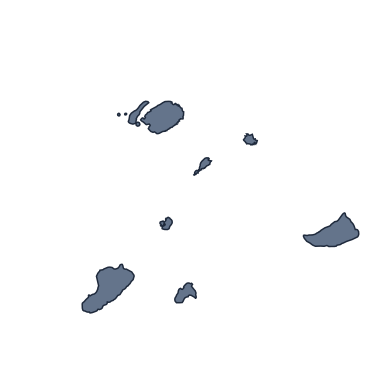 the district of Lomaiviti, Eastern, Fiji, rotated 70°
{"feature_id": "14151628B20319301670654", "entity_name": "Lomaiviti", "entity_type": "district", "adm_level": 2, "iso_a3": "FJI", "parent_name": "Fiji", "parent_adm1": "Eastern", "projection": "natural_earth1", "projection_center": [179.092, -17.678], "detail": "fine", "context": "isolated", "style": "filled", "palette": "slate", "viewbox_px": 384, "rotation_deg": 70, "n_neighbors": 0, "source": "geoboundaries", "source_scale": "gbopen_adm2", "svg_char_len": 6049}
<svg xmlns="http://www.w3.org/2000/svg" viewBox="0 0 384 384"><g transform="rotate(70 192 192)"><path d="M254.2,277.3L251.3,275.2L250.3,275.0L246.5,276.0L242.0,280.1L241.7,281.2L240.7,282.3L240.0,282.5L237.5,282.2L236.2,282.3L235.9,282.8L235.8,284.0L236.1,284.8L237.2,285.7L238.3,287.9L238.2,290.4L237.6,291.6L235.6,292.9L234.5,294.9L234.0,296.7L234.2,301.2L234.6,302.3L234.0,305.3L234.9,305.9L235.5,307.3L236.3,308.4L238.5,310.6L248.2,311.8L250.2,313.4L250.9,313.6L251.5,314.1L251.8,314.6L252.8,315.4L253.6,316.5L254.3,318.1L254.4,318.9L254.2,320.6L254.7,323.2L253.7,323.8L253.5,324.2L253.7,324.6L255.4,325.2L255.6,325.5L256.9,328.6L258.1,330.7L258.9,332.9L259.7,333.5L263.7,334.8L265.6,335.0L266.8,334.2L267.2,333.3L268.6,332.0L269.2,331.0L269.8,329.4L270.8,329.2L271.2,327.1L271.2,322.9L271.0,321.7L270.1,320.7L270.1,320.2L270.8,319.3L270.8,317.3L270.2,315.9L268.9,315.0L268.4,313.9L268.3,313.4L268.4,311.2L267.9,310.0L266.4,309.2L267.0,308.3L267.3,307.1L267.3,306.4L266.8,305.1L266.9,303.2L266.5,302.5L266.2,300.8L265.5,299.5L263.8,297.1L263.9,296.7L263.7,294.7L261.7,292.2L261.6,291.8L260.5,290.9L260.0,288.1L259.4,286.9L258.4,285.7L258.4,284.5L258.1,284.3L258.0,283.7L257.4,282.9L256.9,281.6L255.3,279.7L254.2,277.3ZM290.0,50.7L288.6,49.7L286.1,49.0L284.2,49.4L283.4,50.3L283.1,51.4L279.6,51.3L277.4,51.5L274.9,52.4L274.7,52.7L271.7,53.0L268.1,55.5L266.6,55.7L264.5,55.4L263.9,55.7L263.9,56.9L264.4,58.1L268.5,64.2L269.1,65.9L268.7,68.0L270.1,72.4L270.9,73.4L271.1,74.7L271.1,79.3L272.1,83.9L272.6,84.7L272.6,85.3L272.9,86.0L273.1,86.5L272.9,86.8L273.2,87.2L273.3,89.0L273.6,89.6L273.8,91.0L273.5,93.6L272.4,97.0L272.3,98.6L270.9,101.3L270.9,102.0L271.8,102.4L273.9,102.3L277.6,101.0L280.2,98.7L283.1,96.8L285.2,94.6L286.8,89.6L288.2,86.4L288.4,83.5L290.0,82.1L291.9,76.7L292.2,74.9L291.6,73.9L292.1,70.8L292.0,69.8L291.6,69.2L291.7,67.7L291.3,63.6L291.4,57.8L291.1,54.7L290.8,51.8L290.0,50.7ZM113.8,172.4L113.3,173.0L112.0,173.2L109.9,172.8L108.9,173.9L106.1,174.5L106.5,175.5L106.3,175.6L105.0,175.3L104.7,176.8L103.4,176.9L103.1,177.3L103.1,177.7L103.6,178.3L103.6,178.8L103.6,179.4L103.1,180.0L102.0,180.4L101.2,180.2L101.0,180.8L100.5,180.3L99.6,181.2L98.8,183.1L97.8,186.4L98.1,188.9L98.9,192.2L99.0,194.6L99.6,196.0L100.5,202.4L100.7,202.9L101.7,202.7L102.3,205.2L102.1,206.4L103.1,207.7L103.9,209.7L105.1,210.6L106.0,210.3L107.0,211.5L107.0,212.1L105.6,212.8L105.5,213.2L105.6,214.0L106.6,215.6L107.2,215.5L108.8,214.6L109.4,213.9L112.8,212.1L113.1,211.8L113.5,209.0L114.6,208.5L115.3,208.6L116.0,210.0L116.8,210.4L117.3,211.3L117.9,211.3L121.0,210.0L122.6,208.2L122.7,206.6L125.2,205.0L125.6,203.5L125.6,202.3L125.1,198.8L125.7,196.5L125.4,196.4L125.3,195.7L125.6,195.4L125.7,194.6L125.4,194.4L125.0,193.6L124.9,192.0L124.6,191.7L124.7,191.0L124.2,190.6L124.2,189.1L124.4,188.6L123.6,186.9L123.4,185.2L122.8,184.6L123.1,183.8L122.7,183.4L122.9,182.9L122.4,183.0L122.1,182.7L121.9,182.1L122.1,181.5L121.3,181.3L121.3,180.5L121.0,180.1L121.0,179.6L120.2,179.7L119.7,179.2L119.8,178.5L119.4,178.1L119.3,177.5L119.6,177.3L120.2,175.5L119.5,175.0L118.2,174.8L117.1,173.8L113.8,172.4ZM288.3,222.8L285.9,222.8L285.0,223.2L280.5,224.7L279.9,224.3L279.0,223.1L278.1,223.4L277.6,223.7L277.7,224.7L276.6,225.8L276.2,226.8L276.0,227.8L276.5,229.4L277.8,231.8L278.5,232.4L279.1,232.3L280.2,234.2L279.8,235.1L278.9,235.5L278.6,235.8L278.8,237.1L279.2,237.7L280.4,238.8L281.2,239.1L282.3,239.9L283.7,241.9L284.7,242.6L285.4,243.7L286.3,244.5L287.4,245.0L288.7,245.2L290.7,244.5L291.9,241.2L292.5,239.0L291.5,237.6L290.0,236.2L289.0,234.7L288.8,233.0L289.1,231.4L288.2,230.8L288.0,229.7L288.7,228.2L291.8,225.6L293.0,225.1L293.1,224.8L292.3,224.0L289.6,223.6L288.3,222.8ZM104.6,227.7L105.7,227.2L106.6,226.3L108.0,224.3L108.1,222.1L107.8,221.1L105.7,220.1L104.9,219.4L104.2,219.4L102.2,217.3L101.4,215.5L100.5,214.4L98.7,213.4L95.2,207.6L93.3,202.1L92.0,202.5L90.9,204.6L91.0,206.9L92.9,211.3L94.6,213.7L95.8,215.9L96.2,217.7L96.1,218.3L97.2,222.1L98.8,224.4L102.4,226.4L103.9,227.7L104.6,227.7ZM171.8,165.6L171.3,165.5L169.9,164.3L169.7,163.4L169.4,163.1L168.3,165.2L167.7,165.8L166.8,165.5L167.0,164.9L166.4,164.5L165.5,165.0L164.8,167.0L164.8,168.4L166.5,172.2L167.5,173.7L168.8,174.8L169.9,175.2L171.6,176.6L173.3,177.4L173.3,178.3L174.1,178.9L174.1,179.3L173.3,180.3L173.5,181.4L174.5,182.8L175.7,183.1L176.5,184.4L176.9,184.2L176.7,183.5L176.8,182.3L176.4,182.1L175.9,181.1L176.2,179.7L175.5,179.6L174.9,178.7L174.6,177.4L174.4,177.1L174.3,175.5L173.7,175.5L173.5,175.1L173.5,174.0L174.0,173.2L173.8,172.7L173.9,172.3L173.5,172.0L173.7,171.3L173.1,170.5L172.5,169.2L172.4,167.5L172.1,166.8L172.2,166.0L171.8,165.6ZM212.0,220.6L210.8,221.0L209.7,221.7L209.0,221.8L207.6,223.1L208.0,224.7L207.8,225.4L208.3,226.0L208.7,226.1L208.9,225.7L210.0,226.6L210.6,227.9L210.6,228.4L210.2,229.0L209.4,229.1L209.3,231.9L209.5,232.3L210.4,232.8L211.0,232.8L211.9,232.1L212.4,232.3L212.9,233.0L213.5,232.7L213.8,230.8L212.6,229.3L212.0,229.0L212.0,228.7L212.6,228.6L213.2,228.3L213.8,228.7L213.8,229.3L214.1,229.6L214.3,231.5L215.7,232.5L216.4,232.5L217.7,230.8L218.6,228.7L218.9,227.8L218.6,226.1L216.7,224.6L215.9,223.2L214.7,221.6L213.6,220.9L212.0,220.6ZM167.3,114.6L167.4,114.1L166.0,113.1L165.0,114.5L164.3,114.8L163.7,114.5L163.5,115.6L163.0,115.9L158.4,115.6L158.6,118.2L158.0,119.1L156.6,119.6L156.1,120.9L157.1,120.7L158.2,121.6L157.5,122.9L158.2,122.9L159.2,123.5L160.5,125.7L161.2,125.7L163.0,124.7L164.0,124.7L164.9,123.9L165.5,124.0L165.5,123.5L166.3,121.8L167.2,120.6L167.9,120.6L168.0,120.4L167.8,119.4L168.3,118.9L167.8,118.6L168.5,117.4L167.3,117.0L166.9,116.5L168.7,115.7L168.3,115.4L168.2,114.9L167.7,115.0L167.3,114.6ZM110.0,221.6L110.9,221.2L111.5,220.6L111.7,219.3L111.2,218.3L110.5,217.8L109.0,217.8L108.0,218.7L107.8,219.4L107.8,220.2L108.5,221.2L110.0,221.6ZM94.6,235.5L95.4,234.9L95.6,234.3L95.5,233.8L94.5,233.1L93.4,233.4L93.0,233.9L93.1,234.8L93.8,235.4L94.6,235.5ZM96.4,228.7L96.8,228.2L96.9,227.4L96.4,226.7L95.8,226.7L95.4,227.2L95.3,228.0L95.7,228.6L96.4,228.7Z" fill="#64748b" stroke="#1e293b" stroke-width="1.5"/></g></svg>